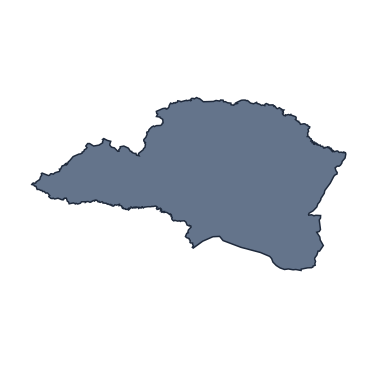 the district of Bolgatanga Municipal, Upper East, Ghana, rotated 82°
{"feature_id": "2480657B19364380807593", "entity_name": "Bolgatanga Municipal", "entity_type": "district", "adm_level": 2, "iso_a3": "GHA", "parent_name": "Ghana", "parent_adm1": "Upper East", "projection": "equal_earth", "projection_center": [-0.942, 10.748], "detail": "fine", "context": "isolated", "style": "filled", "palette": "slate", "viewbox_px": 384, "rotation_deg": 82, "n_neighbors": 0, "source": "geoboundaries", "source_scale": "gbopen_adm2", "svg_char_len": 5985}
<svg xmlns="http://www.w3.org/2000/svg" viewBox="0 0 384 384"><g transform="rotate(82 192 192)"><path d="M284.9,94.9L283.6,94.6L283.2,88.0L283.6,84.2L283.1,82.7L282.3,82.5L281.7,80.2L280.0,80.3L277.9,79.3L275.6,79.9L274.4,79.6L271.8,77.1L268.1,75.4L268.3,73.9L263.3,69.4L257.4,71.7L254.3,71.7L249.2,74.1L248.9,71.6L247.1,70.0L237.4,69.9L235.8,68.4L233.2,67.9L232.3,72.6L232.5,74.6L231.2,76.7L231.2,79.6L230.4,79.7L229.3,79.0L227.5,74.7L224.2,70.5L221.2,69.0L219.7,67.2L217.5,65.5L216.5,65.4L211.8,61.3L209.0,60.3L202.5,53.9L196.1,49.3L194.9,47.7L194.4,45.9L192.8,45.5L190.9,46.5L188.0,46.9L186.6,44.6L186.9,42.8L186.1,41.3L184.4,39.7L182.6,39.0L179.7,35.7L175.8,34.4L174.4,34.6L174.3,36.0L173.5,36.1L173.9,37.5L173.3,38.7L173.3,40.8L171.8,41.9L171.5,42.7L171.9,45.4L171.4,46.3L171.7,47.0L171.0,47.6L171.1,47.0L170.7,46.4L168.7,49.0L168.6,48.0L168.1,48.2L168.2,49.2L167.6,49.2L167.0,50.9L166.5,50.4L166.1,51.6L166.5,52.1L166.4,54.2L166.9,54.3L166.7,55.6L165.0,56.2L164.7,58.0L163.3,58.6L163.5,59.5L162.7,61.3L162.3,60.8L161.5,61.6L161.6,62.4L160.8,62.4L160.6,63.4L161.8,64.1L161.5,64.9L160.7,65.0L160.3,64.1L159.9,65.6L159.4,64.7L159.1,66.0L158.0,65.7L158.0,67.1L156.9,66.5L155.8,66.7L155.5,67.5L153.4,68.7L153.1,70.1L152.2,69.4L149.6,69.3L148.1,68.1L146.1,68.4L144.9,66.7L143.9,66.3L142.9,67.8L141.7,68.3L141.6,69.3L140.5,70.3L140.0,71.5L140.1,75.2L138.6,75.6L137.3,76.9L136.9,76.6L136.5,77.7L134.6,79.5L134.1,78.8L132.5,78.5L131.7,79.2L129.7,83.0L128.9,83.3L129.5,84.3L128.7,85.5L128.9,88.1L128.6,88.7L129.5,88.9L129.0,90.4L127.2,91.5L126.5,90.5L125.3,90.5L125.1,91.1L123.6,89.6L123.0,92.0L122.5,91.7L120.7,93.8L121.4,95.6L121.0,96.6L118.8,97.8L118.7,98.8L118.1,98.6L118.0,99.2L117.0,99.6L116.5,104.0L115.9,104.1L114.7,106.2L115.4,107.6L116.6,107.9L115.7,109.8L115.9,111.2L114.4,112.9L113.4,115.2L112.2,115.5L113.2,118.7L112.1,121.7L109.2,124.2L109.1,125.6L108.5,126.1L108.1,128.3L108.0,130.4L109.3,134.6L109.8,136.0L110.7,135.0L110.9,137.9L111.9,138.6L111.0,141.2L109.4,141.1L108.6,144.4L107.2,146.3L107.0,148.2L105.4,148.4L104.9,150.9L105.8,151.9L104.7,155.5L105.3,158.1L104.2,168.2L100.5,171.6L100.4,172.4L99.1,174.3L100.1,176.8L99.4,177.9L99.3,179.5L100.1,180.3L101.2,180.0L101.4,180.8L100.7,181.2L100.9,184.3L100.4,184.7L101.1,190.4L100.4,191.3L99.7,193.4L100.8,193.8L101.2,194.9L101.1,196.0L101.6,196.3L101.1,197.7L101.7,198.5L101.6,199.9L101.0,200.9L103.3,202.6L104.5,202.9L106.1,204.6L106.3,206.0L105.5,206.2L105.3,206.9L105.3,209.3L107.2,216.1L109.2,216.0L110.1,215.1L112.3,216.7L113.4,213.2L114.0,213.2L116.0,210.9L119.5,211.0L119.7,211.8L121.1,212.6L121.7,213.9L121.3,218.1L122.0,220.1L121.3,220.9L122.0,222.8L124.2,225.8L126.2,226.8L126.3,228.2L127.2,228.7L128.4,228.3L131.5,230.1L133.2,232.3L134.2,232.6L135.1,232.5L136.5,231.3L136.9,232.0L138.1,231.4L141.3,232.4L142.3,233.9L143.4,234.5L146.3,239.4L147.4,239.9L148.7,239.4L147.8,241.8L145.9,242.2L145.9,243.4L144.9,245.3L144.2,246.1L143.5,246.0L143.0,247.4L139.7,248.9L137.0,253.1L137.2,256.8L138.7,257.1L140.0,258.6L141.4,258.6L141.4,259.8L137.5,262.7L136.4,265.5L134.4,266.8L133.3,266.8L130.5,265.4L129.1,268.7L126.8,271.9L127.4,273.1L127.9,272.3L129.5,273.5L130.8,273.6L132.6,277.5L132.8,283.0L129.8,286.6L129.5,288.6L131.7,290.8L133.5,289.8L134.8,291.3L135.1,292.6L136.8,293.6L137.3,295.3L138.2,295.4L138.8,297.3L138.7,298.7L140.4,304.8L144.2,309.0L144.8,310.2L145.9,310.7L146.2,312.6L147.1,311.7L147.7,312.5L147.6,313.4L146.9,313.8L147.9,315.3L148.1,317.0L151.0,318.9L150.9,320.1L152.3,319.9L153.2,320.5L153.8,324.9L155.0,326.8L154.3,328.7L154.4,329.6L155.6,330.7L155.7,331.9L152.4,337.8L152.9,338.7L154.3,338.4L156.1,340.0L158.4,341.0L160.4,345.1L161.2,345.3L161.5,346.2L161.0,347.9L161.4,348.8L162.3,349.6L163.1,347.6L164.1,347.2L164.7,345.7L167.9,345.0L168.2,343.1L169.4,341.5L169.5,340.5L170.8,339.8L170.8,338.4L172.8,336.9L172.7,335.6L173.2,334.9L175.7,333.4L176.3,334.4L176.7,334.4L178.6,332.7L179.1,331.4L178.8,330.4L179.8,329.0L179.5,325.5L181.4,322.3L181.9,320.7L181.6,320.2L181.2,320.5L180.4,319.2L180.7,317.3L183.8,316.7L184.6,315.7L186.6,315.3L186.3,310.9L187.6,309.1L187.1,308.4L188.0,306.9L187.6,304.1L186.3,302.7L186.8,299.1L187.5,299.1L186.8,297.5L187.0,296.0L188.0,294.5L187.9,293.4L187.4,293.1L187.4,292.3L186.7,291.0L187.4,289.8L186.6,289.3L186.9,288.4L186.6,288.2L187.2,287.1L188.5,286.5L188.4,285.6L188.8,285.7L189.5,284.3L189.1,282.4L189.9,281.6L190.5,281.7L191.3,278.3L192.3,277.6L192.1,276.9L193.1,275.5L193.0,274.4L193.5,274.4L193.6,273.6L193.9,273.9L194.8,272.7L195.0,271.5L193.9,270.1L194.5,268.7L194.1,265.7L195.3,266.1L195.2,265.0L196.1,263.6L197.1,263.6L197.8,262.5L198.5,263.0L199.1,261.9L199.2,260.5L199.9,260.3L200.3,258.0L201.0,257.3L200.7,256.9L200.7,257.3L199.5,257.3L199.1,256.5L199.7,255.6L199.3,254.7L198.4,254.4L199.6,253.1L199.0,252.3L199.0,251.8L199.6,251.8L199.8,250.4L199.1,250.5L199.1,249.3L199.7,249.1L199.5,247.6L200.6,247.2L200.2,246.8L200.5,246.1L200.0,246.0L200.7,244.5L199.9,244.1L199.8,243.2L200.4,243.2L201.4,241.9L200.9,242.2L200.4,241.4L200.4,237.6L200.9,234.7L200.6,233.6L201.0,232.8L200.8,230.3L201.2,229.4L202.0,228.5L203.2,229.5L204.4,229.0L204.4,227.8L203.5,227.1L204.0,226.1L203.7,225.5L204.1,225.2L204.4,226.1L205.3,224.8L206.3,225.8L206.6,224.8L207.2,225.0L207.4,222.9L207.8,223.5L207.8,222.9L208.4,222.6L208.3,221.2L208.9,219.5L211.0,217.4L210.6,216.7L211.4,215.8L211.9,216.3L212.5,215.6L213.5,216.1L214.3,215.1L215.8,215.8L217.3,215.0L218.1,214.0L217.7,213.0L218.9,210.0L218.7,208.6L219.5,207.6L219.2,207.2L219.4,203.7L221.0,202.2L224.0,201.5L224.8,200.2L224.7,199.3L225.3,199.3L225.3,198.0L226.6,197.8L229.2,200.9L231.2,201.7L231.8,201.4L232.3,203.0L235.2,204.7L236.5,203.6L237.7,201.3L238.8,201.3L239.6,200.5L241.7,201.0L242.2,200.5L242.7,198.5L244.0,198.7L245.5,198.1L246.8,199.4L247.7,198.6L242.2,188.2L239.2,177.5L239.8,170.8L244.4,168.0L253.6,151.2L261.4,132.7L266.6,124.0L269.1,122.4L272.7,121.6L276.5,118.8L279.4,115.4L281.6,111.2L281.6,107.3L283.1,102.7L283.2,100.0L284.9,94.9Z" fill="#64748b" stroke="#1e293b" stroke-width="1.5"/></g></svg>